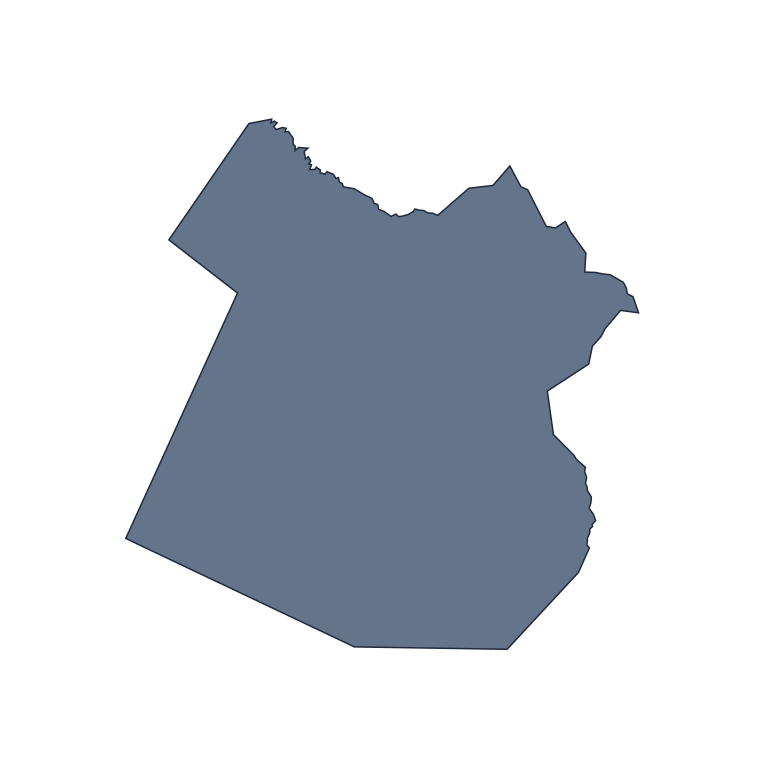 the district of Dei District, Western Highlands, Papua New Guinea, rotated 205°
{"feature_id": "67681753B60748012983133", "entity_name": "Dei District", "entity_type": "district", "adm_level": 2, "iso_a3": "PNG", "parent_name": "Papua New Guinea", "parent_adm1": "Western Highlands", "projection": "robinson", "projection_center": [144.353, -5.658], "detail": "fine", "context": "isolated", "style": "filled", "palette": "slate", "viewbox_px": 768, "rotation_deg": 205, "n_neighbors": 0, "source": "geoboundaries", "source_scale": "gbopen_adm2", "svg_char_len": 1515}
<svg xmlns="http://www.w3.org/2000/svg" viewBox="0 0 768 768"><g transform="rotate(205 384 384)"><path d="M597.7,576.6L616.5,563.0L639.9,423.7L555.2,404.5L552.8,134.9L536.7,134.7L299.8,133.2L160.3,195.6L128.1,295.5L128.6,322.4L132.0,323.6L133.7,328.6L134.6,330.4L134.5,336.0L136.2,339.4L134.8,343.0L136.0,344.5L134.5,349.6L138.9,354.2L145.6,358.1L146.3,363.8L148.3,369.2L154.4,373.2L156.7,376.9L159.3,378.9L160.8,384.8L165.2,389.5L166.3,393.7L177.6,396.9L181.6,399.6L209.0,409.7L233.0,446.6L206.9,488.6L211.1,506.3L207.4,518.5L206.9,527.9L200.7,550.7L183.4,556.1L195.1,568.3L201.7,568.6L204.9,573.3L210.0,577.3L225.4,578.6L231.3,576.5L239.7,574.4L249.3,570.3L250.6,573.4L256.4,588.0L278.8,600.4L288.4,607.9L294.6,597.9L303.5,595.4L335.9,620.8L343.2,620.6L362.1,634.8L369.2,610.0L389.8,597.3L406.6,559.5L412.0,559.4L416.8,557.5L421.1,558.1L425.3,556.5L429.9,555.7L430.3,552.9L433.6,548.0L438.3,543.9L441.5,541.9L445.1,543.0L448.5,538.8L456.6,540.4L462.7,540.0L465.5,544.0L469.3,543.5L473.2,547.1L482.4,547.2L493.5,548.4L504.2,545.5L506.5,548.0L509.9,548.4L512.5,551.8L514.3,550.0L518.6,552.7L525.4,552.3L526.1,549.3L531.3,548.5L532.0,551.0L537.0,551.9L537.3,549.3L541.9,546.8L542.4,552.1L545.2,551.6L544.5,554.7L545.4,555.7L548.7,558.0L550.2,554.7L554.6,561.1L552.6,565.6L561.3,562.3L563.2,557.9L564.9,562.0L567.6,562.8L570.2,568.4L577.3,572.4L580.3,570.8L580.8,574.4L584.3,573.6L589.2,569.1L592.8,570.6L591.2,575.4L594.6,575.9L596.8,572.8L597.7,576.6Z" fill="#64748b" stroke="#1e293b" stroke-width="1.5"/></g></svg>